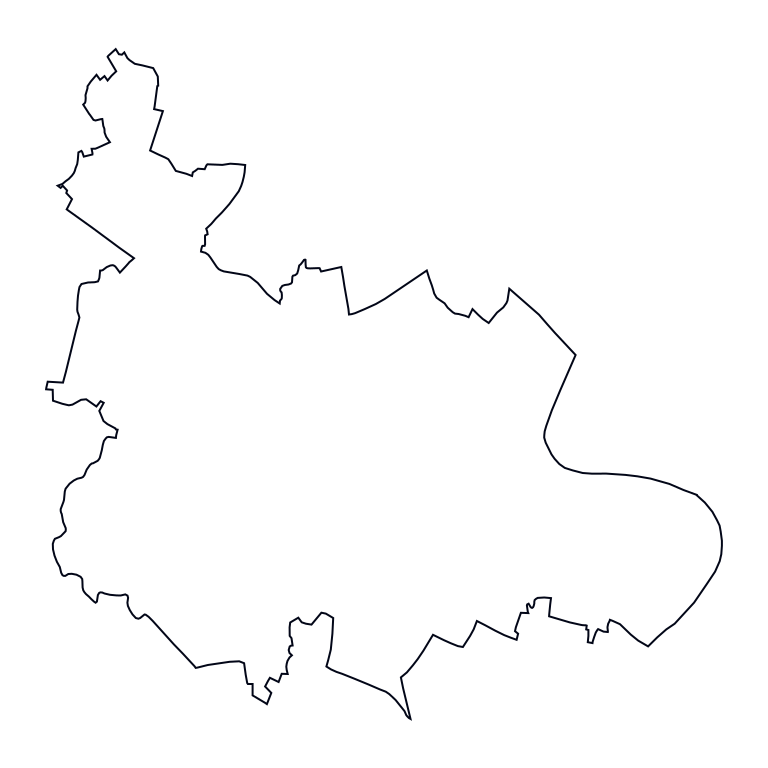 the district of Thanh Tri, Ha Noi, Vietnam
{"feature_id": "81297802B95629282135268", "entity_name": "Thanh Tri", "entity_type": "district", "adm_level": 2, "iso_a3": "VNM", "parent_name": "Vietnam", "parent_adm1": "Ha Noi", "projection": "equal_earth", "projection_center": [105.831, 20.942], "detail": "fine", "context": "isolated", "style": "outline", "palette": "ink", "viewbox_px": 768, "rotation_deg": 0, "n_neighbors": 0, "source": "geoboundaries", "source_scale": "gbopen_adm2", "svg_char_len": 5977}
<svg xmlns="http://www.w3.org/2000/svg" viewBox="0 0 768 768"><path d="M575.6,355.0L555.3,333.3L547.4,324.4L539.0,314.7L509.3,288.7L507.5,300.5L506.4,303.1L503.3,307.4L497.0,312.6L488.7,323.0L482.7,318.9L478.0,314.6L472.5,309.1L468.6,317.2L465.3,315.8L458.6,314.0L455.0,313.6L452.7,312.2L447.7,307.7L444.6,303.3L439.3,299.7L436.6,297.7L434.2,293.5L433.2,289.8L431.8,285.3L429.3,278.5L426.8,270.5L384.8,298.9L375.9,304.0L364.7,309.1L355.0,313.2L351.8,314.1L349.0,314.5L348.4,308.8L344.4,286.0L343.1,277.5L341.3,267.0L321.1,271.5L319.6,268.2L318.5,268.1L310.3,268.4L307.8,268.3L306.6,268.0L305.9,267.3L305.6,264.4L305.5,259.8L305.1,259.6L304.0,259.9L302.3,262.3L300.7,264.3L299.2,265.5L298.2,270.2L297.2,273.5L295.3,275.1L293.0,275.7L292.4,276.7L292.0,282.3L291.1,283.5L288.5,284.5L284.8,285.0L282.3,285.9L280.2,288.9L280.2,290.3L280.7,291.5L281.6,292.4L281.9,295.1L281.8,298.2L281.4,299.1L280.0,300.6L279.7,303.5L274.6,300.1L267.0,293.8L257.7,282.9L250.2,276.9L247.5,275.6L239.3,274.0L223.8,271.4L220.9,270.3L218.7,269.1L216.7,266.9L210.4,257.5L208.3,254.8L205.4,252.8L201.0,251.6L201.3,249.1L202.1,246.3L202.5,245.9L204.6,245.9L205.1,244.3L205.0,236.7L205.1,235.4L207.6,234.3L207.2,231.5L206.2,228.7L211.3,223.9L215.9,218.5L221.9,212.5L229.4,204.0L238.8,191.2L241.2,185.9L242.5,182.0L243.8,176.8L244.6,172.3L245.2,165.0L238.1,164.2L230.3,163.7L222.4,164.9L207.4,164.3L206.4,165.4L204.7,169.2L198.0,168.7L195.2,170.9L192.8,172.4L192.1,176.0L186.4,173.8L175.8,170.9L171.3,163.6L168.3,159.2L165.3,157.6L158.4,154.5L150.1,150.5L162.9,111.1L154.1,109.1L154.6,106.5L157.3,86.1L158.2,85.7L157.8,76.5L153.2,68.1L142.4,65.4L134.8,63.8L129.5,60.1L127.4,58.1L124.3,52.4L121.9,54.7L118.9,54.2L115.7,49.1L108.2,55.9L107.6,56.8L116.2,71.3L111.5,75.8L107.6,80.5L104.5,76.1L100.1,79.8L96.5,74.8L90.8,81.5L87.5,86.3L87.5,88.2L85.5,95.1L85.7,98.1L85.5,101.0L85.1,102.7L83.2,104.6L89.3,114.1L89.7,114.5L93.5,119.9L95.5,120.5L101.1,119.1L102.3,119.0L102.6,120.9L103.3,126.0L104.3,128.5L104.5,130.0L104.6,132.6L106.2,136.8L109.9,142.2L97.4,147.9L95.4,148.7L91.6,148.8L92.5,153.3L92.4,154.5L83.8,156.6L82.2,152.0L81.4,150.9L78.4,152.4L77.8,160.0L77.2,164.1L75.6,168.1L74.8,170.9L73.8,173.1L71.9,175.7L68.8,178.9L65.5,181.3L62.5,183.9L57.7,185.7L60.6,187.9L62.8,185.8L67.1,190.5L66.3,193.0L72.0,199.1L66.7,209.4L92.5,227.9L119.1,247.6L134.0,258.2L131.9,260.1L129.1,262.4L128.8,262.9L125.8,266.3L119.9,272.6L116.2,267.6L115.2,266.4L113.6,265.4L112.5,265.2L110.4,265.5L106.7,267.1L102.8,270.1L101.5,270.5L100.1,270.5L99.4,277.8L98.9,279.3L98.0,281.4L94.7,282.2L88.0,282.5L81.5,284.0L79.5,287.0L78.9,289.9L78.0,295.7L77.5,301.8L77.2,309.6L77.5,311.8L78.5,314.4L79.4,317.5L78.6,320.7L75.9,330.8L65.9,371.8L63.0,382.6L47.7,381.7L46.3,387.8L46.1,389.3L52.7,389.8L53.0,400.7L62.4,403.8L66.6,404.8L68.9,405.3L72.5,404.6L81.1,399.8L86.2,399.3L96.4,406.5L100.6,401.2L103.7,402.8L99.3,410.9L103.5,421.0L107.4,424.1L115.4,428.4L115.8,429.4L117.6,429.7L116.2,435.2L115.9,437.9L108.7,436.9L106.9,437.3L105.8,438.4L103.9,441.0L102.8,444.9L101.8,450.2L99.8,457.8L99.0,459.2L97.7,460.8L93.0,463.3L91.7,463.5L89.9,465.0L86.7,469.6L84.5,475.0L83.1,476.9L81.6,477.7L77.3,478.7L73.8,480.5L69.6,483.7L65.6,488.7L64.8,491.5L64.0,499.9L63.4,502.0L60.7,509.1L60.7,511.0L61.1,512.7L61.7,513.9L63.2,522.2L65.7,528.1L65.8,529.7L65.6,531.2L60.9,536.1L58.9,537.2L54.9,538.8L53.8,540.8L52.8,543.9L53.0,549.3L54.5,555.6L56.9,561.8L59.8,567.0L61.2,572.8L62.5,575.2L63.8,575.9L65.3,575.9L68.3,574.0L71.8,573.8L76.5,574.7L80.6,576.8L82.2,579.0L82.4,581.1L82.6,587.5L83.3,590.4L84.4,592.2L86.0,594.1L88.9,596.6L91.3,599.1L94.1,601.7L95.6,602.7L96.9,601.6L97.9,595.0L99.2,592.9L100.3,592.4L102.2,592.5L104.5,593.5L110.0,594.8L116.4,595.4L120.7,595.5L125.3,594.4L127.5,595.6L128.1,597.8L127.4,602.7L127.9,605.9L129.8,610.1L132.5,614.4L135.8,618.0L138.4,618.7L140.2,618.0L144.5,614.5L145.7,614.7L148.6,616.8L152.7,620.9L173.9,644.4L182.9,653.7L194.5,666.2L195.7,667.9L197.4,667.6L207.8,665.0L229.6,661.8L239.2,661.3L244.1,663.2L245.7,674.7L247.2,683.0L247.9,684.0L252.6,684.0L252.6,695.4L265.2,702.9L266.9,704.1L271.3,692.9L265.1,686.5L268.0,681.0L269.9,677.8L278.6,682.0L281.7,673.8L287.7,674.0L286.7,670.0L286.3,666.7L286.7,663.8L287.5,660.9L289.5,657.5L291.9,655.3L289.5,653.0L288.7,650.0L289.7,646.5L290.9,645.7L292.6,645.5L291.5,638.2L289.7,635.9L289.6,627.3L290.2,622.5L298.3,617.7L301.7,622.3L305.9,623.7L311.5,624.6L321.4,612.7L325.8,613.6L333.2,618.0L332.4,633.7L330.8,649.6L328.2,660.1L326.4,666.5L331.0,669.4L336.5,671.9L342.1,673.8L354.4,678.7L368.5,684.5L380.1,689.5L385.8,691.7L389.3,694.1L395.6,700.0L404.5,711.1L406.3,715.2L407.4,716.5L408.9,718.0L410.5,718.9L403.1,688.2L400.9,677.4L406.9,672.4L412.9,665.3L417.7,659.1L423.4,650.7L433.0,634.8L444.0,640.2L450.7,643.2L457.9,646.1L462.9,647.0L470.1,635.9L473.7,629.3L476.9,621.0L485.3,625.3L495.3,630.7L504.2,635.1L510.8,637.7L516.6,639.8L518.1,633.7L515.0,631.2L515.9,627.2L520.9,612.8L528.3,613.1L527.8,611.8L526.9,605.4L527.2,604.4L528.6,603.7L530.6,607.0L531.4,607.7L532.1,607.9L533.1,607.2L533.7,605.9L534.3,603.5L534.3,601.7L534.7,600.0L536.1,598.8L537.7,597.9L544.3,597.5L551.0,598.1L550.2,604.4L549.2,614.5L549.1,616.3L569.8,622.4L581.0,624.9L582.9,625.2L585.9,625.3L586.7,625.6L586.2,629.4L588.4,630.0L588.4,636.0L587.8,642.2L592.5,643.1L592.7,641.6L594.2,636.9L595.8,632.5L597.2,630.2L598.1,629.1L603.5,631.6L607.8,632.0L607.9,631.3L607.5,627.9L607.5,627.0L608.2,623.6L609.5,621.2L609.9,619.8L612.5,620.8L620.0,624.2L630.8,634.6L638.2,640.6L648.1,646.4L657.2,637.4L666.3,629.4L674.7,623.7L694.1,602.6L707.3,583.3L715.1,571.6L719.7,561.2L721.3,554.2L721.9,545.9L721.9,540.7L720.7,531.6L719.6,525.6L717.0,520.2L712.4,511.8L704.8,502.5L696.7,495.2L696.8,494.9L683.5,490.0L669.3,483.9L650.6,478.6L637.3,476.3L625.4,474.9L606.2,473.6L592.3,473.7L582.7,473.0L572.7,470.4L564.8,467.9L559.3,464.0L554.6,458.8L551.5,454.4L545.7,442.7L544.2,437.6L544.3,435.0L544.7,431.3L546.3,425.8L551.8,410.4L560.4,389.9L575.6,355.0Z" fill="none" stroke="#020617" stroke-width="2"/></svg>